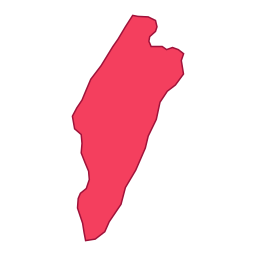 the district of Mörbylånga, Kalmar, Sweden
{"feature_id": "70781695B97428107441054", "entity_name": "Mörbylånga", "entity_type": "district", "adm_level": 2, "iso_a3": "SWE", "parent_name": "Sweden", "parent_adm1": "Kalmar", "projection": "natural_earth1", "projection_center": [16.526, 56.492], "detail": "fine", "context": "isolated", "style": "filled", "palette": "rose", "viewbox_px": 256, "rotation_deg": 0, "n_neighbors": 0, "source": "geoboundaries", "source_scale": "gbopen_adm2", "svg_char_len": 711}
<svg xmlns="http://www.w3.org/2000/svg" viewBox="0 0 256 256"><path d="M132.7,15.4L125.4,26.8L118.0,39.2L112.9,46.5L101.1,65.7L90.8,79.2L85.7,91.2L82.0,100.1L76.8,107.9L72.4,116.2L74.6,128.8L81.2,134.5L82.0,143.4L81.2,152.9L84.9,162.3L88.6,171.2L89.3,179.6L86.3,188.5L80.4,193.3L78.2,198.5L77.5,208.0L82.6,223.2L84.1,232.7L85.6,240.6L95.2,239.1L104.8,231.7L109.2,221.7L121.0,204.3L125.4,187.5L135.7,170.2L145.3,148.1L148.2,136.1L156.3,119.4L160.0,102.2L167.3,91.2L175.4,85.0L183.5,74.0L181.3,60.5L183.6,53.7L178.3,49.6L172.5,47.5L166.6,49.6L162.2,46.5L151.1,46.5L148.9,41.3L149.7,36.6L155.5,31.4L157.0,26.8L155.5,20.5L148.2,16.9L137.9,16.4L132.7,15.4Z" fill="#f43f5e" stroke="#9f1239" stroke-width="1.5"/></svg>